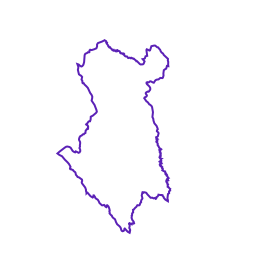 outline of Chanae, Narathiwat, Thailand, rotated 325°
{"feature_id": "78962969B14228474631985", "entity_name": "Chanae", "entity_type": "district", "adm_level": 2, "iso_a3": "THA", "parent_name": "Thailand", "parent_adm1": "Narathiwat", "projection": "equal_earth", "projection_center": [101.649, 6.04], "detail": "fine", "context": "isolated", "style": "outline", "palette": "violet", "viewbox_px": 256, "rotation_deg": 325, "n_neighbors": 0, "source": "geoboundaries", "source_scale": "gbopen_adm2", "svg_char_len": 5856}
<svg xmlns="http://www.w3.org/2000/svg" viewBox="0 0 256 256"><g transform="rotate(325 128 128)"><path d="M69.2,214.8L70.1,214.1L70.6,213.1L71.0,213.1L71.5,212.3L71.7,210.6L73.2,209.2L73.7,208.4L73.8,207.2L74.0,206.9L74.7,206.8L75.8,209.0L76.2,208.6L76.8,208.5L77.6,209.5L78.3,209.6L78.9,208.0L78.8,205.7L79.4,203.6L80.2,202.9L80.7,201.9L81.3,201.8L82.4,200.3L83.8,200.1L84.4,199.0L84.9,198.7L85.2,197.9L86.3,198.0L88.1,197.5L89.5,197.4L91.4,196.6L92.6,197.7L93.5,197.7L94.9,196.6L96.2,196.3L96.5,195.6L97.8,194.6L99.3,194.1L99.7,193.4L100.5,191.2L103.0,188.9L103.3,189.0L103.4,189.9L104.4,189.9L105.5,191.1L105.8,191.6L105.8,193.4L106.5,198.1L107.9,199.0L108.6,200.3L109.8,200.7L110.0,201.9L110.6,202.0L110.9,201.8L111.6,201.0L112.7,201.1L114.0,200.7L114.7,200.1L116.1,201.5L117.4,202.4L117.7,202.8L117.4,203.1L117.7,204.6L117.3,205.5L117.5,208.1L118.7,210.9L119.3,210.1L119.9,208.3L122.9,205.0L124.3,205.0L125.1,203.6L125.9,203.3L126.7,203.4L127.2,202.4L127.6,202.1L127.4,201.8L127.3,200.5L126.8,199.0L127.3,198.9L127.3,198.5L127.9,197.1L128.4,197.1L128.4,195.9L128.7,195.7L128.5,194.6L128.7,193.7L129.2,193.1L129.7,192.8L129.7,193.7L130.8,194.0L130.8,192.7L131.0,192.3L131.5,192.2L131.4,192.6L131.5,192.7L132.0,192.1L132.5,192.2L132.3,191.2L132.6,190.4L132.3,189.2L133.0,188.9L133.0,187.9L132.4,187.7L132.3,187.4L132.7,187.2L133.1,186.3L132.8,186.0L133.5,184.9L132.5,183.8L131.9,182.4L132.6,182.2L132.8,180.8L133.2,180.9L133.4,179.7L133.2,179.1L133.6,179.1L133.4,178.2L133.6,177.3L132.8,177.3L132.9,176.4L134.2,176.1L134.2,175.5L135.2,176.1L135.2,175.5L135.7,175.1L135.9,174.6L135.8,174.4L135.5,174.5L135.0,173.6L135.9,173.6L136.2,174.0L136.6,173.8L137.0,172.9L137.0,172.0L137.6,172.1L137.3,171.7L137.4,171.1L136.9,171.0L137.0,170.0L137.2,169.9L137.4,170.2L137.6,169.9L137.8,170.1L138.4,170.0L138.6,169.0L139.0,168.6L139.2,169.0L139.3,169.0L139.7,168.0L140.1,167.8L140.0,167.1L140.6,166.7L140.2,165.8L140.9,165.1L141.0,164.2L141.2,164.3L141.6,165.0L142.5,164.4L143.0,164.4L142.7,163.4L142.3,163.0L142.2,161.8L142.6,160.5L142.4,159.9L142.5,158.8L143.2,158.3L143.5,157.5L143.3,155.7L144.2,155.7L144.3,154.9L145.0,154.9L145.1,154.7L144.9,154.3L144.9,153.7L145.8,153.9L145.4,152.6L145.7,151.7L147.1,152.0L147.8,151.8L150.1,149.8L150.2,148.9L149.8,147.2L150.4,146.5L151.7,146.1L152.1,144.9L152.6,142.6L152.3,139.3L153.1,136.6L154.0,134.9L154.3,133.0L157.5,129.4L159.7,124.7L159.9,123.6L159.5,121.7L159.0,120.9L159.0,118.7L158.8,117.6L158.4,116.8L158.4,112.9L159.2,112.5L160.6,112.8L162.0,112.4L162.3,111.5L162.2,110.5L162.5,109.6L163.2,109.3L164.9,109.4L165.5,110.0L166.3,110.1L167.1,109.6L167.9,109.5L168.5,109.0L169.1,108.1L169.3,107.2L169.3,106.0L168.7,103.0L168.8,102.0L169.3,101.4L170.1,101.5L170.5,102.2L171.3,102.5L172.7,102.4L173.4,102.8L174.6,105.1L175.1,105.7L177.6,104.7L178.6,104.7L179.4,104.9L180.9,105.7L183.2,105.5L184.7,106.8L185.4,106.8L187.2,105.4L188.2,103.7L190.5,101.2L192.7,101.1L193.3,101.3L195.5,99.5L196.5,100.5L197.3,99.0L198.9,96.9L199.3,95.6L200.4,94.3L199.2,88.7L199.4,87.1L198.8,85.4L198.8,83.9L199.2,82.3L198.9,80.4L199.0,79.4L198.2,78.5L197.6,76.2L196.8,75.5L194.1,74.4L190.6,77.0L189.9,76.8L189.1,75.1L188.5,74.3L187.8,74.7L185.1,79.9L183.5,79.3L181.8,80.6L180.9,80.6L179.5,80.0L179.8,82.9L177.7,84.3L176.9,84.4L176.2,84.1L174.8,83.2L174.4,82.5L173.7,78.4L173.1,78.1L173.2,77.2L172.7,75.6L172.6,74.7L172.0,74.4L171.9,73.5L171.3,73.1L171.0,72.4L170.3,72.5L169.9,71.6L169.3,71.1L168.7,71.1L168.2,70.6L168.2,68.8L167.0,67.9L166.7,66.9L166.8,65.7L167.3,65.3L167.3,64.7L166.9,64.2L166.3,64.7L166.0,63.7L165.4,63.2L165.3,62.6L164.8,62.5L164.7,62.1L165.2,60.5L164.5,59.3L163.7,59.1L163.9,58.1L162.9,57.7L162.1,58.3L161.9,58.0L161.9,57.1L161.0,56.8L161.1,55.9L160.3,56.0L159.9,55.3L159.8,54.7L160.0,54.2L159.5,52.7L159.7,51.6L159.4,51.3L159.0,51.4L158.8,51.1L159.0,50.3L158.7,49.8L159.1,49.1L159.0,46.8L159.7,46.2L159.2,45.5L159.7,45.2L159.9,44.3L159.2,43.2L159.2,42.7L156.3,42.3L152.1,41.2L150.6,41.8L149.4,43.5L147.8,44.6L145.4,44.1L143.2,43.4L142.5,43.0L141.9,42.2L140.9,42.4L139.9,43.7L139.5,43.7L138.5,42.9L137.6,43.1L135.6,42.7L134.3,43.4L129.8,48.9L127.7,50.6L126.0,51.1L125.0,50.8L124.3,49.3L124.0,47.7L123.2,46.6L122.5,49.1L121.9,50.1L120.3,51.6L118.6,55.9L119.2,57.6L119.6,58.3L119.7,59.9L117.7,61.7L117.7,63.0L116.6,64.9L116.6,65.3L117.4,65.8L117.3,67.3L117.8,69.8L118.1,72.1L117.1,77.7L117.2,79.7L116.8,81.7L115.9,82.9L113.9,84.7L113.8,89.9L112.5,95.1L111.8,96.8L110.5,97.3L106.3,97.7L104.0,97.4L102.0,99.9L101.2,100.2L100.8,100.7L99.9,100.2L99.3,100.1L97.1,100.9L95.8,101.0L95.8,101.6L96.4,102.3L96.3,103.6L96.0,104.3L95.5,104.4L95.1,105.4L94.6,105.8L93.6,105.3L93.1,105.6L91.9,105.8L90.2,107.7L89.1,107.5L88.2,107.8L87.3,107.3L85.7,107.6L84.4,107.3L83.0,107.8L81.6,108.9L81.1,109.6L80.7,112.1L79.8,113.4L78.6,114.6L78.1,115.6L76.7,116.6L76.6,117.7L76.2,118.7L75.6,119.6L74.3,120.2L73.2,119.9L73.0,119.3L71.8,117.2L70.7,117.6L70.2,116.9L69.5,115.1L69.7,111.3L69.1,109.9L67.7,108.4L66.7,107.9L65.2,107.8L58.3,108.1L55.6,108.4L56.3,110.6L57.8,113.4L57.8,113.8L58.1,117.7L58.8,121.4L59.0,123.7L58.7,126.7L57.3,127.8L57.1,128.3L57.2,128.8L57.8,129.1L58.3,130.2L58.8,130.8L58.8,132.1L59.4,134.0L59.3,134.6L58.5,136.4L58.7,138.5L58.6,139.2L59.5,140.3L60.7,143.8L60.1,145.1L59.0,145.8L58.6,146.9L58.8,152.2L58.2,154.4L57.5,155.4L57.0,157.0L56.6,157.6L57.4,157.4L57.7,157.6L58.2,162.4L59.2,164.7L59.8,164.6L61.1,163.4L61.4,163.6L61.4,165.5L61.1,167.0L62.1,169.4L62.0,171.3L61.6,173.0L62.3,176.3L63.0,176.9L64.3,177.3L64.5,177.8L64.4,179.3L64.8,180.4L65.7,180.2L66.4,179.3L66.7,179.4L66.8,179.7L67.0,181.2L66.4,183.4L65.7,185.1L65.0,185.4L64.7,186.5L63.9,187.4L64.2,189.9L64.5,190.5L64.2,191.4L64.2,192.7L65.0,195.4L64.2,198.2L63.9,200.6L64.7,203.7L64.8,205.3L63.9,208.2L63.9,208.6L64.4,209.5L65.4,209.8L66.6,209.3L67.3,208.5L67.7,208.5L68.1,211.9L68.4,213.2L69.2,214.8Z" fill="none" stroke="#5b21b6" stroke-width="2"/></g></svg>